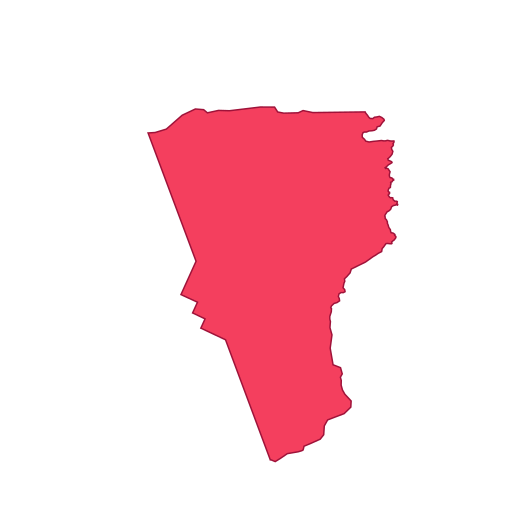 Mariposa, California, United States of America (Albers equal-area conic projection), rotated 115°
{"feature_id": "52423323B20525606755783", "entity_name": "Mariposa", "entity_type": "district", "adm_level": 2, "iso_a3": "USA", "parent_name": "United States of America", "parent_adm1": "California", "projection": "albers", "projection_center": [-120.075, 37.542], "detail": "fine", "context": "isolated", "style": "filled", "palette": "rose", "viewbox_px": 512, "rotation_deg": 115, "n_neighbors": 0, "source": "geoboundaries", "source_scale": "gbopen_adm2", "svg_char_len": 3141}
<svg xmlns="http://www.w3.org/2000/svg" viewBox="0 0 512 512"><g transform="rotate(115 256 256)"><path d="M79.3,217.9L79.3,218.0L102.0,265.1L104.3,274.8L108.4,278.3L114.8,291.2L116.3,297.2L113.2,302.1L119.2,315.1L135.6,341.5L139.9,351.5L146.8,360.6L145.5,365.3L148.4,373.1L159.6,382.4L178.9,390.9L186.7,399.6L190.1,405.8L286.1,308.1L322.7,307.7L322.6,289.5L334.4,289.4L334.5,275.6L344.7,275.5L344.8,248.2L434.7,156.9L434.4,156.7L434.2,151.7L429.2,148.4L421.9,144.1L415.6,135.0L413.2,132.3L412.1,131.4L410.9,131.5L408.1,132.1L402.5,127.0L396.6,121.9L394.9,120.4L389.4,119.1L381.1,122.3L374.3,121.8L369.4,117.1L361.6,109.5L352.9,106.2L347.2,108.5L343.7,117.1L340.9,121.0L337.0,124.3L332.8,126.1L330.2,128.3L326.4,128.0L321.5,132.2L322.0,140.2L308.2,149.8L295.4,153.8L289.7,158.7L286.3,160.0L284.0,160.8L282.1,162.4L279.6,163.6L274.7,164.2L271.7,165.4L271.3,166.4L269.3,166.5L266.0,165.2L264.0,162.9L261.3,161.3L259.3,162.6L258.0,164.2L255.3,164.8L253.3,163.6L252.3,161.4L250.7,160.2L249.0,161.4L248.0,163.7L243.4,164.8L241.5,164.8L239.3,166.2L236.0,164.9L234.2,164.4L231.6,163.6L230.1,163.8L227.5,164.1L221.4,159.2L215.2,154.2L207.2,149.7L204.6,147.9L202.0,146.4L198.9,144.0L195.9,144.8L194.0,144.2L191.3,143.7L189.8,143.4L189.0,142.0L188.4,140.1L187.7,138.4L187.2,138.1L186.4,138.6L186.0,139.0L184.6,138.4L183.0,137.5L180.3,137.0L179.2,137.5L178.6,139.1L177.8,139.2L177.5,140.3L177.3,141.6L177.8,143.4L176.7,144.5L175.3,145.4L174.3,147.2L173.8,147.9L172.1,149.3L170.8,150.8L169.6,151.3L168.1,153.0L167.6,154.2L167.5,154.7L165.8,155.6L165.4,156.3L164.0,156.3L162.8,156.2L161.9,156.0L160.3,155.8L159.8,155.2L159.0,154.7L158.4,154.3L157.5,154.0L156.6,153.7L155.7,153.8L154.8,153.8L154.0,154.0L153.2,153.4L152.1,152.7L151.4,151.7L150.8,151.0L150.3,150.8L150.1,150.2L150.2,149.7L150.1,149.3L149.3,149.4L149.0,150.0L148.8,150.6L147.9,150.7L147.5,150.7L147.0,150.9L146.9,151.6L147.2,152.5L147.7,153.2L147.5,153.8L147.1,155.3L146.5,155.9L146.0,156.4L145.5,156.7L145.9,158.0L146.4,158.7L146.2,159.9L145.5,161.1L145.0,161.9L144.0,162.0L143.6,161.5L142.7,161.4L141.8,161.9L141.9,162.6L141.3,163.8L139.6,164.1L138.2,164.1L137.8,163.6L137.0,163.2L135.8,163.7L134.3,164.2L133.6,164.1L133.0,164.6L132.7,165.0L132.1,165.0L131.5,164.2L129.5,163.8L129.1,163.3L128.3,163.7L128.4,164.6L127.8,165.9L128.3,167.5L127.7,168.4L126.8,169.1L125.7,169.6L123.0,170.1L121.1,173.2L121.3,174.9L121.9,175.4L121.5,176.3L120.2,175.6L117.3,174.5L115.7,173.3L113.9,172.2L113.2,172.9L113.2,175.2L113.3,176.6L112.1,177.7L111.5,177.3L109.3,176.4L106.2,175.7L103.3,176.2L102.0,178.1L100.3,179.2L98.8,178.5L97.3,178.4L96.3,179.3L95.4,179.1L94.4,179.1L93.5,179.5L93.8,180.5L94.4,181.1L94.7,182.4L95.1,183.1L95.3,184.5L95.7,185.9L96.8,187.1L97.7,188.9L98.3,191.1L100.7,195.0L102.5,198.1L104.9,201.7L105.5,205.2L104.4,206.9L103.5,209.8L101.3,211.0L98.9,211.1L97.8,210.1L97.0,208.3L94.9,206.4L93.4,203.7L92.0,201.8L90.0,200.5L87.7,200.8L85.8,198.5L82.4,198.0L80.8,197.6L79.0,197.0L78.0,197.8L77.8,198.6L77.3,200.5L77.3,203.2L78.8,205.1L80.2,207.3L82.1,208.2L83.1,210.8L82.6,212.4L81.3,214.5L80.7,215.8L79.8,217.5L79.3,217.9Z" fill="#f43f5e" stroke="#9f1239" stroke-width="1.5"/></g></svg>